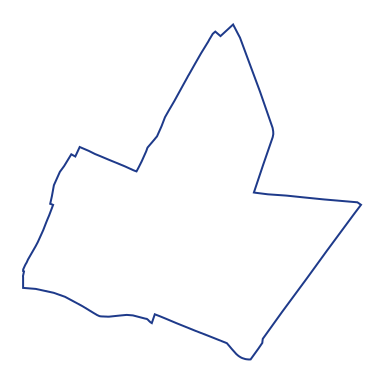 outline of Gamaliyya, Al Qahirah, Egypt
{"feature_id": "37247803B35159038955302", "entity_name": "Gamaliyya", "entity_type": "district", "adm_level": 2, "iso_a3": "EGY", "parent_name": "Egypt", "parent_adm1": "Al Qahirah", "projection": "robinson", "projection_center": [31.265, 30.053], "detail": "fine", "context": "isolated", "style": "outline", "palette": "blue", "viewbox_px": 384, "rotation_deg": 0, "n_neighbors": 0, "source": "geoboundaries", "source_scale": "gbopen_adm2", "svg_char_len": 1783}
<svg xmlns="http://www.w3.org/2000/svg" viewBox="0 0 384 384"><path d="M250.6,359.4L258.4,348.6L262.3,342.9L262.5,340.8L262.8,338.8L282.1,311.9L306.9,278.3L326.7,251.0L354.5,213.4L361.0,204.8L357.4,202.3L323.6,199.4L301.8,197.2L286.5,195.6L267.8,194.3L255.0,192.7L254.5,192.6L253.9,192.5L262.9,165.6L272.7,137.2L273.3,134.1L273.2,131.4L272.6,127.9L260.0,91.6L250.3,65.5L240.0,37.7L239.1,36.0L238.2,34.3L233.1,24.5L220.5,36.1L215.3,31.6L214.0,32.7L212.7,33.9L210.4,37.8L209.3,39.6L208.3,41.5L201.1,53.2L195.2,63.5L188.7,75.0L188.0,76.1L187.4,77.3L183.2,84.9L174.3,101.1L168.8,110.5L165.0,117.2L161.5,126.3L157.0,136.4L155.7,137.9L154.5,139.4L147.6,147.5L147.2,148.4L146.7,149.9L146.1,151.5L141.8,161.1L138.7,167.3L136.5,171.4L134.8,170.8L133.1,170.1L125.0,166.4L108.7,159.7L100.4,156.2L95.0,154.0L88.8,150.9L79.7,147.0L75.3,156.5L71.3,154.3L64.1,166.1L59.9,171.8L53.9,185.2L51.9,196.2L50.2,203.8L51.7,204.3L53.1,204.9L49.1,215.5L48.5,216.9L47.9,218.3L46.3,222.2L43.2,230.2L37.8,242.1L35.7,246.1L28.0,259.5L26.6,262.6L25.8,263.9L25.1,265.2L23.2,269.4L23.1,271.0L23.4,271.1L24.0,271.4L23.2,275.2L23.0,275.9L23.1,277.6L23.1,279.4L23.1,287.9L35.7,288.9L53.7,292.8L65.0,296.8L73.4,301.3L82.3,306.1L94.3,313.4L95.7,314.2L97.0,315.0L99.4,316.1L100.4,316.3L101.3,316.4L108.7,316.7L120.3,315.5L126.7,314.9L132.9,315.4L145.2,318.6L146.8,318.9L148.0,319.8L149.3,321.2L149.7,321.5L150.4,322.2L151.8,323.1L154.8,314.3L160.0,316.3L166.8,319.1L176.3,323.1L195.6,330.9L209.3,336.2L226.9,343.2L231.9,349.1L232.7,350.0L233.6,351.0L235.3,352.9L235.9,353.6L236.6,354.3L237.3,354.9L238.1,355.6L238.9,356.2L239.7,356.7L240.5,357.2L241.4,357.7L242.3,358.1L243.2,358.4L244.2,358.7L245.1,359.0L246.1,359.2L247.0,359.3L248.0,359.4L249.0,359.5L250.6,359.4Z" fill="none" stroke="#1e3a8a" stroke-width="2"/></svg>